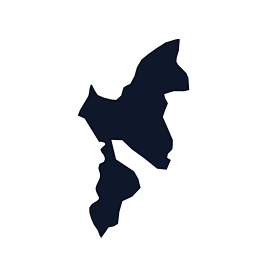 map outline of Babək (Mercator projection), rotated 40°
{"feature_id": "AZE-2420", "entity_name": "Babək", "entity_type": "District", "adm_level": 1, "iso_a3": "AZE", "parent_name": "Azerbaijan", "parent_adm1": "", "projection": "mercator", "projection_center": [45.36, 39.281], "detail": "fine", "context": "isolated", "style": "filled", "palette": "ink", "viewbox_px": 256, "rotation_deg": 40, "n_neighbors": 0, "source": "natural_earth", "source_scale": "10m", "svg_char_len": 1338}
<svg xmlns="http://www.w3.org/2000/svg" viewBox="0 0 256 256"><g transform="rotate(40 128 128)"><path d="M110.3,27.6L116.5,36.3L119.4,43.0L121.9,46.7L125.5,48.1L137.3,49.2L141.7,51.5L149.5,59.6L147.0,63.1L138.9,69.8L132.9,79.0L136.7,81.8L142.1,84.0L144.3,90.7L147.0,97.7L158.1,103.2L169.5,108.9L172.4,112.4L174.8,115.8L174.7,119.5L174.3,122.1L176.6,126.5L180.8,125.8L183.5,134.8L176.2,139.7L160.6,140.0L144.9,141.1L131.2,140.3L121.6,147.8L138.8,160.5L160.4,158.1L168.3,161.0L175.3,166.1L174.6,177.6L169.9,187.6L174.6,198.1L181.1,207.9L179.6,212.2L176.2,216.4L176.9,223.4L177.3,228.4L176.2,228.2L171.0,225.2L167.1,224.1L164.1,223.3L158.5,220.5L153.2,217.0L150.3,213.6L149.9,210.1L150.6,207.4L151.6,204.7L152.2,201.4L151.0,199.3L145.0,196.6L142.7,194.8L141.4,192.1L139.5,185.2L138.4,182.7L136.1,180.2L133.8,178.8L131.6,177.2L130.0,173.9L132.1,169.2L130.7,165.8L127.4,163.7L123.9,163.0L121.4,161.8L121.5,159.0L122.1,156.0L121.4,154.0L119.1,153.7L116.8,154.6L115.1,155.8L114.5,156.4L88.5,147.8L82.0,149.8L80.4,145.0L77.8,128.9L76.1,125.5L74.0,122.4L72.5,119.0L72.6,118.9L78.1,121.3L83.6,123.0L90.1,121.0L96.6,117.9L101.6,114.6L102.7,107.4L100.9,103.5L99.3,99.7L100.6,96.1L102.2,92.9L100.3,83.9L96.5,75.4L95.1,66.9L96.8,58.2L99.4,48.2L102.5,38.5L108.3,29.7L110.2,27.6L110.3,27.6Z" fill="#0f172a" stroke="#020617" stroke-width="1.5"/></g></svg>